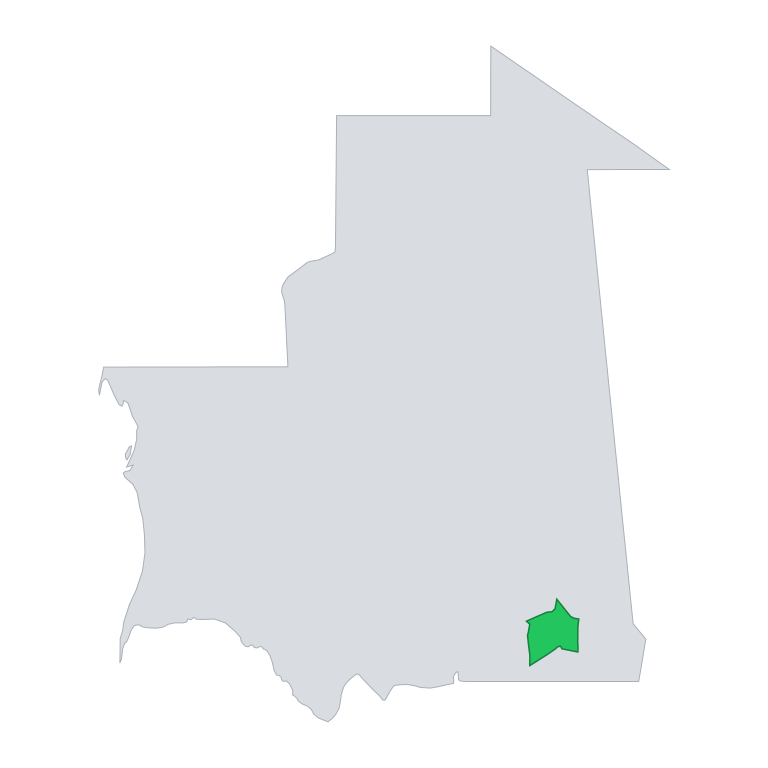 Moughataa d'Enneama, Hodh ech Chargui, Mauritania shown in context
{"feature_id": "47542326B75019227159374", "entity_name": "Moughataa d'Enneama", "entity_type": "district", "adm_level": 2, "iso_a3": "MRT", "parent_name": "Mauritania", "parent_adm1": "Hodh ech Chargui", "projection": "robinson", "projection_center": [-7.374, 16.407], "detail": "fine", "context": "in_parent", "style": "filled", "palette": "green", "viewbox_px": 768, "rotation_deg": 0, "n_neighbors": 0, "source": "geoboundaries", "source_scale": "gbopen_adm2", "svg_char_len": 3831}
<svg xmlns="http://www.w3.org/2000/svg" viewBox="0 0 768 768"><path d="M319.8,718.5L318.7,718.1L313.8,714.2L311.4,709.6L307.4,706.1L302.0,703.8L298.4,701.1L296.8,698.1L294.8,696.2L292.7,695.1L292.5,694.1L293.0,692.6L292.5,689.9L289.4,683.8L286.4,681.0L283.8,681.4L282.4,680.7L281.5,679.4L281.2,677.4L279.5,675.7L276.5,675.0L274.1,670.5L272.3,662.2L270.0,655.7L267.1,651.1L265.0,649.4L263.5,649.1L262.9,648.4L262.5,647.0L260.3,646.5L257.0,647.9L254.2,647.5L252.8,645.2L250.8,645.0L248.3,646.9L245.5,646.3L242.5,643.4L240.9,640.4L240.6,637.5L235.5,631.7L225.5,623.0L214.5,619.0L202.6,619.5L196.0,619.1L194.5,617.7L193.0,617.8L191.6,619.4L190.0,619.8L188.3,618.9L187.3,619.5L186.9,621.8L182.7,622.9L174.7,622.9L168.2,624.3L163.3,627.0L156.4,628.2L147.4,627.8L142.0,626.8L140.2,625.2L137.6,624.8L134.3,625.7L131.2,630.0L128.5,637.8L126.3,642.2L124.6,643.3L122.6,649.1L121.5,658.8L119.9,663.0L120.2,638.8L122.8,629.8L123.8,621.9L129.5,604.4L136.2,590.0L142.5,571.0L145.0,552.6L144.4,534.5L142.8,518.4L139.9,507.8L137.1,492.4L132.9,484.3L125.0,477.3L123.2,473.1L125.1,471.6L130.0,470.5L133.1,465.0L126.6,467.1L134.3,450.2L136.8,438.7L136.6,431.1L138.1,426.5L132.5,416.3L128.2,403.6L125.9,401.6L123.5,400.5L123.2,403.5L121.9,406.2L119.1,404.6L114.3,395.3L107.7,380.2L105.3,378.7L103.2,380.7L101.9,382.7L99.4,395.3L98.7,390.3L99.8,384.4L101.7,377.2L103.7,367.1L109.7,367.1L120.4,367.1L141.8,367.0L152.5,367.0L173.9,367.0L184.6,367.0L206.0,367.0L216.7,366.9L238.1,366.9L248.8,366.9L270.2,366.9L280.9,366.9L287.9,366.8L287.6,359.7L287.3,354.0L286.9,346.4L286.5,338.8L286.2,331.2L285.8,324.0L285.5,316.9L285.1,310.3L284.8,304.2L284.3,300.7L282.1,293.8L281.6,290.4L282.3,286.7L283.8,283.3L288.0,277.0L294.4,272.2L301.7,266.7L307.3,262.4L310.1,261.4L318.8,259.9L325.6,256.7L332.3,253.6L335.1,251.9L335.5,246.0L336.6,115.6L369.3,115.6L378.0,115.6L438.2,115.6L446.8,115.6L490.6,115.6L490.7,109.5L490.7,100.7L490.7,88.6L490.7,76.4L490.8,55.1L490.8,46.1L499.4,52.0L516.7,64.0L525.4,69.9L542.7,81.8L560.1,93.8L577.4,105.7L586.1,111.6L594.8,117.6L603.5,123.6L612.3,129.5L629.7,141.4L637.0,146.4L648.2,154.5L658.7,162.0L669.3,169.5L653.0,169.5L631.4,169.5L616.6,169.5L601.4,169.6L587.2,169.6L588.5,181.8L589.8,195.2L591.1,208.6L592.5,222.0L593.8,235.4L597.8,275.7L599.2,289.1L600.5,302.4L601.9,315.9L603.2,329.3L605.9,356.1L607.3,369.5L608.6,382.9L610.0,396.3L611.4,409.7L612.7,423.1L615.4,449.9L616.8,463.3L618.2,476.7L619.5,490.1L620.9,503.5L622.2,516.9L623.6,530.3L625.0,543.7L627.7,570.5L629.1,583.9L630.4,597.3L631.8,610.7L633.1,623.7L638.7,630.5L645.8,639.1L643.8,651.2L641.4,665.7L638.7,681.5L619.2,681.5L600.0,681.5L551.9,681.5L542.3,681.5L494.3,681.5L484.7,681.5L466.2,681.5L460.7,681.1L458.7,679.9L458.0,671.7L456.4,672.2L454.4,674.6L453.4,677.2L453.8,680.6L453.4,683.5L447.3,684.6L438.9,686.6L430.1,688.1L421.3,687.5L418.3,686.9L415.0,685.8L408.0,684.6L404.2,684.5L399.8,684.8L394.6,685.4L392.9,686.9L389.0,693.0L385.1,700.1L382.7,700.1L379.9,696.2L372.3,688.9L363.1,679.3L358.9,674.5L356.7,673.9L352.2,677.3L348.5,680.6L344.5,685.3L342.7,689.7L341.2,695.0L340.5,701.2L339.0,708.5L335.8,714.3L332.0,718.7L329.1,720.8L328.1,721.9L319.8,718.5ZM130.1,454.6L127.0,459.8L125.7,457.8L125.2,454.3L128.0,449.4L129.2,446.9L131.6,445.9L130.1,454.6Z" fill="#d9dde1" stroke="#a8b0b8" stroke-width="1"/><path d="M577.8,652.0L577.9,650.4L578.0,647.8L577.7,641.6L577.8,639.0L577.8,633.7L577.9,626.3L578.8,619.0L573.8,618.2L570.5,616.4L556.8,599.2L555.1,608.7L552.1,611.7L546.9,612.2L537.2,616.4L526.4,621.2L526.5,621.3L529.8,624.2L529.8,624.3L528.6,630.3L528.5,630.9L528.4,632.5L528.1,632.9L527.5,635.2L528.6,645.6L529.8,654.8L529.9,658.8L529.7,663.9L529.8,665.6L548.8,653.5L549.2,653.2L550.9,652.0L555.7,648.7L557.2,647.1L560.1,646.1L561.0,646.8L561.5,648.0L561.9,648.8L562.9,649.0L577.8,652.0Z" fill="#22c55e" stroke="#15803d" stroke-width="1.5"/></svg>